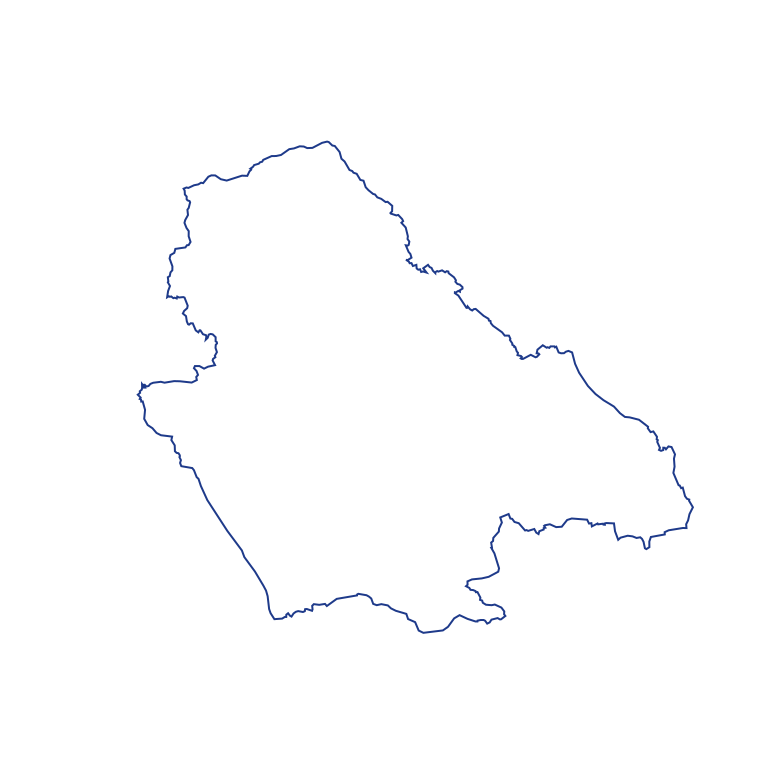 Magetan, Jawa Timur, Indonesia, rotated 64°
{"feature_id": "22746128B43524249433579", "entity_name": "Magetan", "entity_type": "district", "adm_level": 2, "iso_a3": "IDN", "parent_name": "Indonesia", "parent_adm1": "Jawa Timur", "projection": "mercator", "projection_center": [111.326, -7.653], "detail": "fine", "context": "isolated", "style": "outline", "palette": "blue", "viewbox_px": 768, "rotation_deg": 64, "n_neighbors": 0, "source": "geoboundaries", "source_scale": "gbopen_adm2", "svg_char_len": 6165}
<svg xmlns="http://www.w3.org/2000/svg" viewBox="0 0 768 768"><g transform="rotate(64 384 384)"><path d="M120.6,478.5L122.8,478.4L126.4,479.9L129.0,479.2L131.4,480.4L132.8,480.1L134.3,478.6L135.7,478.6L140.1,482.3L141.2,484.3L146.2,486.1L149.5,490.8L151.7,492.7L157.2,493.1L161.0,492.5L165.6,494.8L171.5,495.6L173.5,498.7L172.9,500.3L174.2,502.6L171.1,512.3L174.2,515.0L174.5,519.4L177.2,521.7L185.5,522.6L189.0,524.4L190.1,527.0L193.1,529.3L193.3,531.5L197.3,532.9L197.8,533.7L202.1,533.4L205.8,537.3L211.0,540.9L210.8,538.9L211.8,538.2L212.0,536.9L214.5,535.7L214.7,534.3L216.3,532.8L214.8,531.5L216.4,530.3L217.9,526.3L218.9,525.4L227.6,526.1L229.6,527.7L230.7,531.6L232.5,533.9L236.2,532.2L241.4,533.8L244.4,533.9L245.2,533.2L244.7,531.1L245.7,529.3L253.3,529.7L256.2,528.2L254.9,526.2L255.3,525.5L259.9,524.9L262.1,522.6L263.8,523.0L266.0,524.7L265.2,522.2L262.8,519.9L263.0,517.9L264.3,516.2L268.1,514.8L271.8,516.6L273.1,515.9L274.3,516.3L275.1,518.1L277.7,519.6L282.1,520.2L284.5,523.7L286.0,523.8L286.5,526.6L287.7,527.7L293.0,527.6L291.3,534.5L291.3,539.0L287.0,542.0L285.0,546.1L286.5,547.9L290.1,546.8L294.3,547.2L295.4,549.7L298.4,550.5L298.4,556.2L292.1,566.2L289.4,571.4L286.6,580.7L284.2,583.6L281.7,590.9L281.5,593.9L282.6,596.5L282.1,598.7L279.8,599.4L279.0,601.3L278.0,601.5L279.7,602.3L280.6,601.1L282.3,600.7L281.2,603.0L282.9,604.2L283.5,606.7L285.0,607.1L285.7,610.0L289.5,608.7L290.4,610.1L291.4,609.2L293.4,609.9L293.9,608.5L302.5,610.1L310.2,614.8L317.3,614.4L322.2,611.5L328.3,609.9L332.3,606.9L338.4,597.5L341.2,599.7L347.4,599.0L352.8,601.4L355.0,600.6L356.1,599.1L357.9,598.8L359.3,599.0L360.0,599.9L363.4,599.9L365.6,601.9L369.0,602.2L375.5,593.2L378.2,592.6L385.6,593.2L387.9,592.3L395.4,593.3L410.9,593.7L447.4,589.2L471.3,584.7L478.4,585.4L496.0,582.2L512.4,580.8L518.0,580.6L523.7,581.6L535.9,585.9L540.3,586.4L547.3,585.6L550.2,578.4L549.9,575.2L550.5,574.0L548.5,572.9L548.0,570.7L551.0,570.1L552.5,569.1L550.6,565.9L550.1,563.1L550.5,560.7L553.4,556.8L553.5,554.8L551.8,553.6L552.4,552.0L556.3,548.1L555.2,547.0L551.9,545.8L551.1,543.6L554.1,539.0L555.8,533.4L558.5,532.7L556.4,520.7L562.2,500.9L561.4,500.4L561.3,499.1L566.2,492.3L568.5,490.7L571.2,489.5L576.9,490.1L579.6,487.5L580.7,482.9L584.7,477.6L588.7,476.1L593.0,472.8L600.4,464.7L605.8,465.4L611.7,460.4L620.8,460.9L624.9,457.7L631.3,439.1L630.3,432.9L625.4,423.7L624.9,417.4L631.7,411.9L637.6,405.8L638.4,404.1L637.7,403.6L638.5,400.6L639.8,397.9L641.1,396.9L644.6,396.3L644.6,393.5L642.9,390.7L644.2,384.5L646.4,383.0L646.8,381.9L645.7,376.6L643.6,377.0L641.1,375.6L636.4,376.5L630.8,381.1L630.0,384.2L627.1,389.1L623.9,391.1L621.7,390.7L620.1,392.3L618.2,391.0L612.0,391.2L611.4,392.7L610.3,392.5L608.3,394.2L606.9,396.5L604.7,396.7L601.7,398.9L601.1,396.9L598.0,395.5L598.2,390.6L601.6,381.3L603.2,374.4L602.8,363.6L600.1,361.4L584.6,359.0L578.3,359.4L578.5,358.7L573.5,357.2L572.9,354.8L570.2,353.2L567.0,345.5L564.3,343.9L560.2,338.8L554.9,338.0L555.5,329.0L560.3,329.4L561.4,327.9L565.2,327.2L568.2,323.9L577.5,321.4L577.8,319.9L579.2,318.8L580.2,312.5L584.3,312.3L586.6,310.9L584.4,308.9L584.8,304.3L583.5,303.6L583.9,302.0L581.7,302.3L581.5,301.3L582.8,296.4L588.1,292.0L590.2,286.8L586.5,279.0L587.2,274.2L595.0,260.9L599.3,260.9L600.0,258.6L603.1,259.6L603.0,253.2L604.0,253.1L605.5,248.6L606.5,248.5L607.3,247.2L606.1,246.7L606.4,245.2L610.1,238.4L617.6,240.9L626.7,241.8L625.8,238.8L627.2,231.5L629.9,227.4L633.1,224.5L634.1,220.9L636.3,220.0L639.6,219.9L646.0,221.5L647.4,220.6L647.0,217.0L641.9,214.6L638.5,211.2L642.3,197.6L640.2,196.7L640.3,192.2L644.4,178.6L646.1,175.3L642.5,173.9L639.9,170.5L634.9,166.5L630.2,160.4L622.7,161.0L621.7,160.3L620.0,162.0L616.8,162.6L608.1,160.9L607.9,162.6L604.9,162.7L604.1,163.6L590.8,162.9L585.7,159.1L578.2,156.1L574.8,153.3L566.7,153.2L564.8,155.7L566.3,159.2L564.4,159.6L563.7,160.9L565.8,162.0L565.5,164.3L563.8,165.7L562.4,164.0L555.8,163.8L554.5,162.5L553.3,163.2L551.1,161.8L544.7,162.7L544.1,165.5L539.4,166.3L538.2,165.4L527.9,170.5L521.7,177.8L519.2,181.9L513.7,184.7L505.1,187.2L494.8,193.8L485.7,198.3L475.1,201.6L459.4,203.7L449.6,203.4L438.1,201.1L435.1,203.7L434.7,206.3L435.2,208.7L434.0,211.4L432.2,213.2L426.0,212.8L426.0,214.3L424.9,214.3L423.2,217.8L424.0,219.6L422.7,220.8L422.7,221.9L418.8,224.3L420.4,231.0L423.3,233.3L424.3,231.7L425.4,231.4L426.6,234.7L426.4,236.1L422.1,239.3L422.4,248.0L421.8,249.3L420.9,249.9L420.2,248.2L418.9,248.6L416.6,251.4L414.7,249.9L412.9,250.4L408.4,249.8L407.7,250.7L406.9,250.3L405.0,251.5L403.8,250.9L399.6,251.5L398.8,250.6L395.3,250.5L393.4,254.3L389.3,255.2L379.5,260.5L376.2,261.3L374.0,260.7L373.0,261.9L371.2,261.5L366.4,264.6L356.7,268.7L356.1,270.5L356.6,272.5L354.6,273.9L350.9,274.8L352.0,275.8L351.7,276.5L337.1,278.4L333.4,280.5L332.7,280.1L333.2,279.6L332.9,276.4L334.3,275.3L333.0,274.7L332.7,271.6L331.3,271.0L327.9,272.3L326.2,274.2L323.4,275.0L322.3,273.9L318.8,274.3L312.8,277.3L311.1,276.9L310.1,278.2L310.4,280.1L307.3,282.0L306.8,285.9L305.8,286.7L306.0,288.9L306.8,289.3L303.6,290.4L300.5,290.4L298.9,291.7L296.2,292.2L297.2,298.0L302.5,296.9L300.0,299.6L299.6,301.5L296.7,301.3L296.3,303.1L294.5,304.0L291.1,302.7L290.6,306.3L287.4,306.3L286.7,308.0L284.9,308.0L282.0,309.8L283.0,308.4L282.5,303.9L278.7,303.3L276.0,304.0L268.9,303.6L270.0,302.0L269.8,300.8L267.1,298.8L264.0,299.3L261.7,297.8L252.9,295.9L246.7,297.7L246.0,295.4L243.7,295.4L238.3,297.1L237.9,299.0L233.8,303.2L233.2,303.3L232.3,301.0L227.5,298.5L221.8,300.9L221.2,302.8L216.4,305.3L213.3,308.2L209.7,309.0L208.4,310.5L203.0,313.0L199.1,314.2L192.3,313.3L190.2,315.8L183.1,316.4L180.7,318.8L178.7,319.2L176.5,321.2L166.7,321.9L162.9,323.5L156.0,322.2L148.5,323.9L147.0,325.9L142.3,327.6L141.2,328.9L140.1,333.9L140.4,344.8L138.3,349.6L135.4,352.0L133.4,355.6L132.8,361.6L131.4,366.2L133.0,376.2L131.8,381.0L129.9,385.1L129.6,394.3L130.8,396.0L130.4,398.3L131.1,400.0L130.3,404.8L131.3,406.3L131.9,409.6L132.6,409.0L133.2,409.5L133.9,411.7L137.0,415.6L134.5,420.3L132.2,436.2L128.4,440.9L122.6,444.2L120.8,447.7L120.7,451.0L124.2,458.5L122.9,460.2L123.2,463.4L122.1,467.6L122.0,473.9L120.8,475.4L120.6,478.5Z" fill="none" stroke="#1e3a8a" stroke-width="2"/></g></svg>